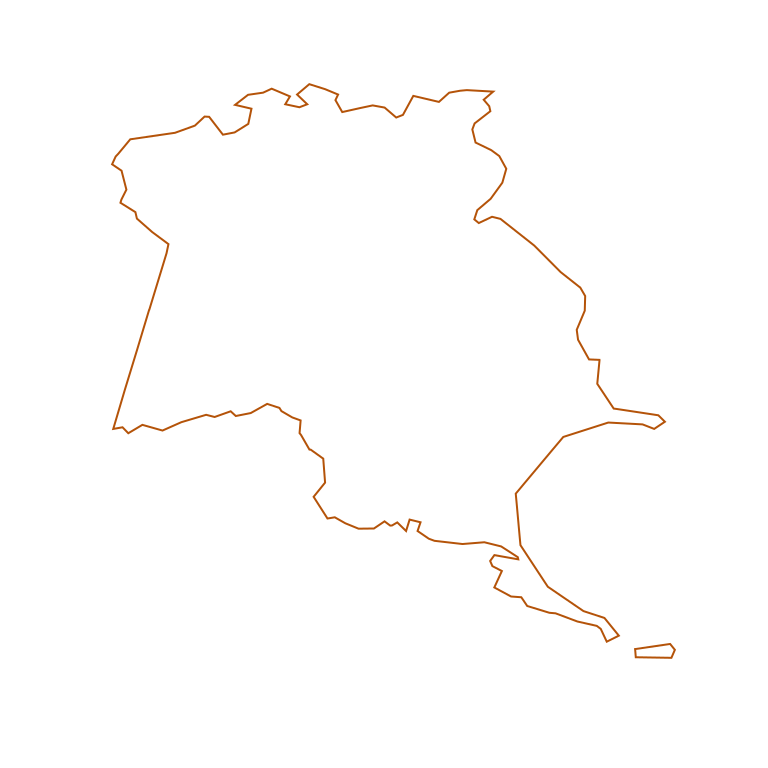 Toa Baja, Puerto Rico, rotated 83°
{"feature_id": "32010507B67187557196313", "entity_name": "Toa Baja", "entity_type": "district", "adm_level": 2, "iso_a3": "PRI", "parent_name": "Puerto Rico", "parent_adm1": "", "projection": "equal_earth", "projection_center": [-66.203, 18.432], "detail": "fine", "context": "isolated", "style": "outline", "palette": "amber", "viewbox_px": 768, "rotation_deg": 83, "n_neighbors": 0, "source": "geoboundaries", "source_scale": "gbopen_adm2", "svg_char_len": 2202}
<svg xmlns="http://www.w3.org/2000/svg" viewBox="0 0 768 768"><g transform="rotate(83 384 384)"><path d="M395.6,658.2L395.1,648.8L401.7,643.8L395.1,628.8L403.2,609.5L397.2,589.8L392.9,564.3L396.1,556.1L392.4,539.5L397.7,535.0L396.6,519.8L389.5,502.4L395.0,490.7L398.4,489.1L406.0,479.1L410.0,471.2L422.5,473.8L424.4,472.6L440.0,466.0L440.2,464.8L450.7,453.4L474.7,454.5L487.4,467.6L510.6,456.5L510.5,453.3L510.3,449.1L517.5,439.4L524.5,426.9L526.2,411.6L520.4,400.2L525.3,395.1L525.4,393.3L523.0,387.7L532.6,380.0L521.7,375.1L525.7,364.6L534.0,368.6L543.0,358.4L545.8,353.0L552.4,325.6L553.3,303.7L559.5,287.5L572.2,272.3L574.4,272.1L567.3,295.3L572.6,300.2L578.0,298.6L584.0,289.8L599.4,299.3L610.4,283.8L612.4,273.7L621.8,268.9L631.2,247.8L631.5,246.5L632.5,241.7L643.3,221.0L650.0,202.3L653.5,198.7L666.9,194.3L662.4,181.6L643.1,193.7L633.7,213.7L605.2,246.1L599.8,248.8L579.2,259.0L560.6,268.2L557.0,268.1L553.4,268.0L540.8,267.6L519.3,266.9L508.9,266.6L501.6,258.8L499.9,257.0L470.2,225.2L458.4,212.5L449.6,166.1L450.1,163.2L455.6,132.3L455.7,132.1L461.5,121.3L455.7,109.8L448.5,115.5L447.0,120.8L437.0,156.6L436.4,159.0L409.8,172.3L386.7,167.2L386.3,167.2L384.6,177.5L363.7,186.0L353.7,186.1L335.7,175.8L321.2,173.6L312.3,177.4L294.5,195.0L264.9,218.0L234.3,248.3L231.2,256.4L235.8,270.3L231.6,274.3L222.8,270.2L213.2,255.6L198.6,242.0L185.3,236.4L171.8,241.8L165.0,249.0L155.5,263.7L142.1,265.3L136.4,262.3L126.2,245.2L121.1,245.7L114.0,250.4L107.1,240.0L102.4,266.0L102.2,272.8L102.8,283.8L110.7,295.1L101.6,319.8L119.2,332.4L121.0,339.4L109.7,349.7L106.1,361.3L107.2,374.0L109.0,392.3L96.3,397.6L91.1,394.3L84.2,406.5L77.3,421.6L86.1,435.0L97.0,426.1L99.0,434.2L94.3,447.9L87.1,442.3L77.2,459.5L80.1,468.5L80.4,483.7L88.8,497.8L94.6,482.0L109.3,487.0L116.1,501.6L116.9,513.5L97.5,525.0L96.7,529.5L104.5,540.2L109.2,560.8L110.2,606.0L123.1,619.7L125.5,622.6L132.8,627.1L140.3,618.5L159.7,616.0L169.0,622.2L172.0,623.5L183.1,609.8L189.7,609.1L205.0,595.5L218.9,580.9L227.7,583.9L281.7,607.9L281.8,608.1L320.2,625.0L358.1,641.9L395.6,658.2ZM677.2,131.5L676.9,131.7L677.7,167.1L678.9,167.1L685.9,167.4L690.8,132.1L683.3,127.7L677.2,131.5Z" fill="none" stroke="#b45309" stroke-width="2"/></g></svg>